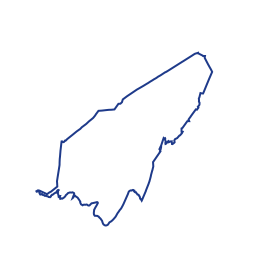 the district of Aizpute, Aizputes, Latvia, rotated 117°
{"feature_id": "27541924B45479434258967", "entity_name": "Aizpute", "entity_type": "district", "adm_level": 2, "iso_a3": "LVA", "parent_name": "Latvia", "parent_adm1": "Aizputes", "projection": "equal_earth", "projection_center": [21.618, 56.716], "detail": "fine", "context": "isolated", "style": "outline", "palette": "blue", "viewbox_px": 256, "rotation_deg": 117, "n_neighbors": 0, "source": "geoboundaries", "source_scale": "gbopen_adm2", "svg_char_len": 4989}
<svg xmlns="http://www.w3.org/2000/svg" viewBox="0 0 256 256"><g transform="rotate(117 128 128)"><path d="M63.2,76.8L62.2,76.8L53.9,77.5L47.6,78.0L39.8,78.5L38.8,79.8L37.4,81.8L37.0,82.5L36.7,82.9L34.9,85.6L31.7,90.1L30.6,91.6L28.9,92.1L29.8,93.8L29.6,94.4L29.6,98.5L29.6,99.0L29.7,99.4L29.2,99.7L29.5,100.0L31.4,102.0L32.5,102.7L34.6,103.9L35.1,104.2L44.2,109.6L44.4,109.8L45.0,110.1L47.0,111.3L50.2,113.2L60.3,119.2L60.3,119.3L61.4,120.0L61.5,120.2L65.9,122.7L67.5,123.7L68.3,124.3L70.6,125.5L72.6,126.8L72.8,127.0L73.4,127.3L74.6,128.0L75.7,128.7L76.5,129.2L79.3,130.8L79.7,131.1L83.6,133.5L87.9,136.3L89.7,137.5L95.7,140.8L100.0,143.2L104.9,145.6L107.8,145.1L109.8,145.8L110.8,147.5L117.6,148.5L119.3,151.1L119.5,151.5L120.1,152.6L120.8,153.8L124.3,159.1L126.1,162.1L130.7,162.9L131.3,162.9L131.6,162.9L134.8,163.6L136.7,164.4L139.8,165.8L143.2,167.0L148.3,169.5L150.4,170.1L154.4,172.2L159.2,174.3L165.6,177.2L166.5,177.4L167.6,177.8L167.6,178.2L167.6,178.3L168.0,178.5L168.7,178.6L169.4,178.7L169.8,178.9L170.1,179.5L170.1,180.4L169.7,181.1L169.3,181.5L169.9,181.1L170.7,180.9L177.9,178.2L178.5,178.0L184.1,175.7L186.7,174.7L190.0,173.2L191.6,172.4L192.6,172.0L203.1,168.6L207.7,167.1L209.5,166.0L212.3,164.4L219.8,167.8L221.1,168.8L223.7,170.1L224.0,178.6L224.4,179.9L225.9,180.9L226.2,180.5L225.5,179.6L225.0,178.7L224.7,177.8L224.9,177.4L226.1,177.4L227.1,176.1L226.9,175.5L225.9,174.8L226.3,173.9L226.3,173.1L225.9,172.3L226.2,171.2L225.4,169.7L225.6,169.0L225.3,168.3L225.3,167.8L225.5,167.4L225.0,166.0L224.0,165.6L223.4,165.8L222.6,165.6L221.9,165.3L221.8,164.9L219.8,164.0L217.6,162.6L215.9,162.6L214.9,162.1L214.9,161.6L215.9,161.8L216.9,161.2L217.4,161.5L218.0,161.5L218.3,160.6L219.2,159.7L220.2,159.0L220.7,158.6L219.9,158.2L219.5,157.6L220.3,157.5L221.9,156.2L221.6,155.7L220.9,155.3L220.7,154.9L220.7,154.4L219.1,153.5L217.4,152.9L216.1,152.9L214.7,152.3L213.2,151.9L211.7,150.4L211.3,149.2L210.9,148.7L210.5,148.2L210.5,146.6L210.7,146.3L210.9,146.2L211.2,146.1L212.2,145.8L213.2,145.8L213.9,145.7L215.6,145.5L215.4,145.4L215.2,145.4L214.9,145.3L214.7,145.2L214.3,145.2L214.0,145.2L213.5,145.2L213.3,145.2L212.9,145.1L212.7,145.1L212.4,145.1L212.2,145.0L212.3,145.0L212.3,144.9L212.5,144.9L212.7,144.6L212.7,144.4L212.6,144.1L212.6,143.9L212.6,143.6L212.7,143.3L212.7,143.1L212.8,142.4L212.8,142.1L212.9,141.4L213.1,140.9L213.3,140.6L213.5,140.2L213.7,139.9L214.0,139.2L214.4,138.6L214.6,138.2L215.1,137.4L215.2,137.2L215.3,137.2L215.6,137.1L216.0,136.7L216.4,136.4L216.8,135.8L217.3,135.2L217.4,134.8L217.4,134.7L217.4,134.2L217.3,133.8L217.3,133.7L217.4,133.3L217.2,133.2L216.8,133.0L216.7,132.9L216.3,132.4L216.0,131.8L216.0,131.7L215.9,131.5L215.7,131.1L215.6,130.9L215.4,130.7L215.1,130.4L215.0,130.2L214.9,129.9L214.9,129.7L214.9,129.4L215.1,128.8L215.0,127.9L214.7,127.4L214.5,127.2L211.7,126.3L211.5,126.0L208.5,122.4L208.1,122.0L208.0,121.5L208.2,121.1L208.5,120.8L210.8,120.8L213.8,121.0L215.1,121.0L215.9,121.0L216.5,121.0L217.2,120.6L218.2,120.3L219.4,119.8L220.6,119.0L220.8,118.6L221.3,117.8L221.2,117.6L220.8,116.7L220.5,116.0L220.2,115.3L220.3,115.1L220.3,113.8L220.7,113.2L221.2,111.4L221.5,110.8L222.1,109.7L222.5,108.9L223.2,108.3L223.7,107.8L224.5,106.9L224.8,106.4L225.0,106.1L225.1,105.5L225.2,105.0L225.2,104.6L225.2,104.1L224.8,103.3L224.5,102.9L224.0,102.5L223.2,102.0L220.5,101.7L218.8,100.6L217.6,100.1L216.1,99.6L214.5,99.2L212.8,98.8L211.3,98.7L210.2,98.7L208.5,98.6L206.8,98.3L204.9,98.1L202.9,97.6L200.1,97.5L197.9,97.5L186.8,98.1L185.4,98.3L184.5,98.4L183.7,98.2L182.7,97.6L182.2,97.0L182.2,96.6L182.1,96.4L181.5,96.0L181.0,95.6L180.8,95.1L180.9,94.6L181.4,94.3L181.6,93.9L181.2,93.6L182.0,92.8L182.0,92.0L181.7,91.8L182.8,89.6L183.0,89.3L182.9,88.9L182.7,88.4L182.9,87.9L183.4,87.5L183.5,86.9L183.9,86.3L184.1,86.2L184.3,86.0L185.0,85.5L185.2,85.3L185.2,85.0L185.3,84.7L185.8,84.4L185.8,83.8L186.5,82.8L186.0,82.8L183.2,83.0L176.0,83.5L175.9,83.6L170.7,84.1L168.5,84.3L166.5,84.6L165.9,84.6L165.7,84.7L163.2,85.2L160.9,85.7L159.6,86.1L154.9,87.1L154.6,87.1L150.8,88.0L150.1,88.4L147.0,90.2L134.2,88.5L134.0,89.1L132.7,89.1L132.5,90.4L130.3,90.4L130.4,89.7L129.8,89.9L129.8,90.1L129.9,90.3L129.9,90.5L128.6,90.5L121.4,91.6L120.6,91.7L120.7,90.9L120.8,90.4L120.4,90.2L120.7,89.9L121.4,89.8L121.7,89.5L122.0,89.3L122.5,88.7L122.9,88.3L123.1,88.2L123.6,88.1L124.1,88.0L124.4,87.9L125.2,87.3L125.0,87.1L123.4,86.8L122.0,86.3L121.5,86.2L121.2,86.0L121.5,85.5L121.8,85.3L122.1,85.2L121.6,84.7L120.7,84.1L120.7,83.9L120.5,83.3L120.1,83.0L122.3,81.5L122.1,81.0L121.3,80.7L120.1,80.1L119.5,80.0L119.0,80.4L118.0,81.1L116.5,81.0L114.7,79.6L111.5,78.8L110.9,78.3L108.2,77.6L106.6,77.6L107.0,78.6L104.1,80.1L103.2,79.5L98.0,78.7L97.2,78.6L94.9,78.2L94.1,76.6L92.9,77.9L92.1,77.8L90.8,77.6L89.9,77.4L89.4,77.4L85.5,76.8L80.6,76.0L80.4,74.9L77.9,74.5L77.3,75.4L77.0,75.3L75.2,74.9L74.6,75.0L73.9,75.3L72.8,75.9L72.6,76.4L72.4,76.7L70.9,77.4L69.5,78.3L68.4,78.3L64.0,79.3L63.6,77.8L63.2,76.8Z" fill="none" stroke="#1e3a8a" stroke-width="2"/></g></svg>